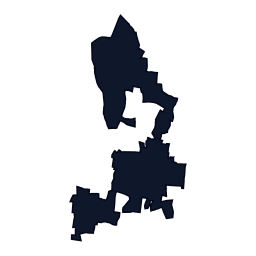 outline of Uayma, Yucatán, Mexico
{"feature_id": "50627088B22257473045304", "entity_name": "Uayma", "entity_type": "district", "adm_level": 2, "iso_a3": "MEX", "parent_name": "Mexico", "parent_adm1": "Yucatán", "projection": "robinson", "projection_center": [-88.359, 20.788], "detail": "fine", "context": "isolated", "style": "filled", "palette": "ink", "viewbox_px": 256, "rotation_deg": 0, "n_neighbors": 0, "source": "geoboundaries", "source_scale": "gbopen_adm2", "svg_char_len": 5921}
<svg xmlns="http://www.w3.org/2000/svg" viewBox="0 0 256 256"><path d="M116.5,224.9L116.7,222.1L117.0,221.2L117.3,220.3L118.3,218.8L119.3,217.0L119.5,215.2L119.6,213.5L119.7,212.7L113.7,211.9L114.5,204.9L115.0,196.5L115.6,193.8L116.3,191.5L118.1,191.9L122.4,193.2L126.2,194.7L129.4,196.4L129.8,199.8L127.2,202.8L124.9,205.8L123.1,207.6L122.8,209.6L122.9,212.3L131.0,212.1L131.6,211.4L140.0,212.4L141.8,197.5L147.4,198.3L145.2,203.9L144.7,206.3L145.1,208.7L147.8,208.3L149.0,206.1L150.0,203.9L150.1,200.7L153.1,200.6L150.6,206.1L150.9,210.9L152.3,210.4L154.9,209.8L155.5,209.4L157.5,208.8L158.2,208.7L159.4,208.0L161.9,207.2L162.4,208.1L163.4,211.2L166.5,218.4L172.7,217.5L173.1,213.4L173.1,211.2L171.3,204.4L171.5,204.5L172.4,200.1L166.6,200.6L160.8,201.9L161.9,195.0L162.6,195.3L166.4,196.3L166.2,192.3L165.9,191.1L166.0,191.0L166.1,189.1L166.2,188.8L165.7,188.7L166.1,186.2L166.4,185.4L165.6,185.1L165.7,184.8L169.7,185.3L181.4,186.0L181.8,188.3L183.4,188.4L184.0,180.8L183.9,179.6L184.5,175.1L184.7,172.6L185.0,167.3L185.8,164.2L182.7,164.2L181.0,164.0L180.0,164.1L178.9,164.0L178.1,164.3L177.3,164.0L176.3,162.9L175.0,162.4L173.5,161.8L173.4,158.4L173.6,157.3L173.4,157.4L170.4,157.0L170.5,158.1L168.0,157.8L168.3,156.5L168.7,153.0L167.8,152.9L168.0,151.8L168.3,148.1L168.7,146.1L169.3,143.9L166.6,143.7L166.3,144.5L161.3,143.7L162.5,140.6L159.9,139.7L161.1,136.8L161.4,133.8L163.0,133.4L164.1,133.4L164.8,133.1L167.3,132.3L167.3,131.9L167.7,130.1L167.8,129.4L168.1,128.9L168.6,128.5L169.3,126.9L169.9,125.9L170.1,125.2L170.1,120.6L172.3,121.3L172.5,120.6L172.7,120.1L173.1,118.2L173.4,117.6L173.2,115.5L172.9,113.3L172.4,111.7L172.7,110.4L172.8,109.7L172.7,108.6L172.9,108.1L173.6,106.6L175.5,104.1L175.7,103.1L176.3,102.1L176.9,101.0L177.1,100.3L177.4,98.4L173.4,97.7L172.6,97.0L171.3,96.2L168.5,95.5L163.8,92.4L162.5,91.3L162.0,89.7L161.8,88.0L161.6,87.3L161.5,84.4L160.5,84.1L160.1,84.2L159.3,84.0L157.5,84.1L156.5,83.9L156.9,77.1L157.0,76.1L157.1,74.7L157.4,72.7L154.6,72.5L151.6,71.9L149.9,72.0L149.0,72.1L148.3,72.0L147.7,71.9L146.4,71.2L145.8,71.1L145.9,70.8L146.6,69.7L146.9,67.9L146.9,67.5L147.1,67.0L146.9,58.8L146.1,58.7L145.3,58.3L144.2,58.1L142.8,58.2L140.8,58.3L141.6,57.4L142.2,55.1L142.6,54.2L143.3,53.2L143.7,52.8L144.1,51.6L143.4,51.1L142.2,50.4L140.7,49.3L139.6,48.8L138.5,48.7L139.3,44.9L138.5,42.3L138.2,41.7L138.0,40.9L137.7,40.2L137.4,38.6L136.7,36.4L136.5,35.5L136.4,34.9L136.0,32.4L135.2,32.3L134.5,32.0L134.0,31.8L133.7,31.1L133.7,30.1L133.3,29.5L132.2,28.0L131.4,27.1L130.9,26.8L129.3,25.4L129.3,24.4L129.1,24.1L127.8,23.0L120.5,15.4L118.9,18.4L112.2,35.4L110.6,37.9L104.2,37.1L102.0,37.1L99.2,37.9L94.7,40.9L91.8,43.1L92.2,59.6L95.2,67.9L94.5,67.9L94.7,69.1L94.8,70.8L94.7,71.9L94.9,73.5L95.1,73.8L95.1,74.3L95.4,75.2L95.4,75.8L95.6,76.8L96.4,79.9L96.5,80.4L96.7,81.1L97.1,82.9L97.5,83.7L97.8,84.5L98.7,86.4L99.0,86.9L100.2,88.3L101.1,89.6L102.6,91.6L103.0,92.2L103.1,92.8L103.5,95.2L103.6,97.8L103.8,98.8L104.3,104.1L104.2,105.9L103.8,107.9L103.8,109.5L103.6,111.3L103.5,111.6L103.5,112.7L103.6,113.3L103.6,114.1L104.0,114.7L104.3,115.5L104.6,117.2L104.8,118.0L105.1,118.6L105.4,119.7L106.0,120.8L106.4,121.7L107.1,124.6L107.6,126.1L108.1,127.0L108.5,127.7L108.7,128.5L112.7,128.2L113.6,128.2L114.4,128.3L115.1,128.3L116.8,128.0L117.6,125.7L118.5,124.1L118.9,123.2L119.2,122.2L119.6,121.6L119.6,121.4L120.1,120.8L121.7,121.2L123.5,122.0L125.3,123.3L127.0,124.6L128.5,125.0L129.5,125.4L130.6,125.7L133.0,126.3L135.0,126.8L135.0,126.0L135.0,124.2L135.1,121.9L135.1,121.4L134.8,120.1L134.9,118.4L133.6,118.7L132.6,119.1L132.1,119.2L130.9,119.2L129.7,119.2L128.4,118.9L127.2,118.9L125.3,118.7L124.1,118.4L121.4,116.4L122.5,112.9L123.2,110.9L123.9,109.3L124.6,107.4L124.9,105.4L125.2,103.2L125.2,101.5L125.5,99.3L125.4,98.1L124.9,95.3L124.9,94.9L124.7,94.4L124.6,93.9L124.6,92.9L124.9,90.6L124.9,90.0L129.3,90.5L132.2,91.7L133.1,86.3L140.8,87.8L140.9,88.8L140.8,89.6L141.4,91.9L141.5,92.2L142.8,92.9L143.3,96.3L143.4,99.2L143.2,99.5L143.1,102.1L148.8,101.8L152.1,102.1L154.3,102.5L155.3,102.8L156.2,103.0L159.8,105.0L160.6,105.5L164.9,108.1L163.0,112.0L160.4,110.2L159.0,112.9L156.1,118.7L155.7,119.4L155.7,120.6L155.5,122.2L155.5,124.8L155.3,125.9L154.7,128.3L153.9,129.5L153.7,130.0L152.3,132.5L152.1,133.4L153.5,135.5L155.3,138.9L151.4,139.2L150.5,138.8L149.9,138.3L147.9,137.6L147.1,141.2L146.3,141.1L146.1,142.3L146.1,143.6L146.0,144.5L146.4,146.1L146.3,147.8L144.2,147.2L144.0,146.1L143.9,144.2L143.9,143.4L141.8,142.6L139.4,141.9L139.5,143.3L140.0,145.1L140.3,147.4L140.7,148.7L140.0,152.5L134.5,152.0L133.5,152.1L131.8,152.0L123.0,151.9L122.5,152.3L121.0,151.6L120.3,150.8L119.1,150.0L118.5,150.6L117.1,153.0L114.9,150.8L114.2,151.3L112.0,155.2L111.9,157.3L113.7,158.0L113.4,159.5L113.4,160.0L113.2,161.3L112.4,166.8L114.5,167.7L113.9,169.3L116.0,169.6L115.4,170.6L114.2,173.3L113.9,174.3L113.9,178.6L111.9,183.1L112.2,183.6L111.9,190.8L110.7,190.7L108.8,191.5L108.7,192.1L108.2,194.6L107.7,196.4L107.2,197.7L106.9,198.7L106.4,199.6L105.6,200.1L105.2,200.2L104.0,199.6L103.0,199.7L102.6,199.6L101.8,199.0L101.4,198.8L100.7,198.8L100.3,198.8L99.8,198.4L99.6,198.5L98.4,198.2L98.7,197.1L98.7,195.5L98.6,193.8L96.3,193.6L94.4,193.7L93.7,193.6L92.2,193.6L90.0,193.8L89.0,194.0L89.0,192.8L89.2,191.8L89.2,190.4L89.4,189.5L87.9,189.3L86.3,189.2L85.6,189.3L84.7,189.1L84.3,189.2L83.4,188.9L82.2,188.2L80.4,187.7L78.3,186.9L77.0,186.6L77.2,195.1L73.2,195.2L71.7,198.1L70.2,201.6L71.3,201.6L73.1,201.9L72.3,212.5L74.2,212.6L74.4,213.5L74.3,214.4L74.6,216.5L74.6,217.3L74.1,219.3L72.9,227.4L75.5,227.1L75.5,235.1L71.7,235.0L71.6,239.2L81.0,240.6L80.7,239.3L79.5,234.0L86.4,232.4L87.8,232.9L93.3,233.1L93.5,231.3L94.2,229.3L94.5,227.5L94.8,224.4L97.0,224.6L97.4,221.9L99.2,222.3L101.2,222.5L102.6,222.0L103.8,221.8L104.6,221.8L105.1,221.6L105.7,221.7L106.9,222.2L109.5,222.7L110.3,223.0L110.8,223.4L113.2,224.6L115.0,225.0L116.5,224.9Z" fill="#0f172a" stroke="#020617" stroke-width="1.5"/></svg>